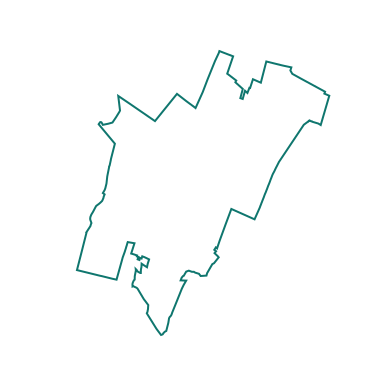 Muna, Yucatán, Mexico (Equal Earth projection), rotated 195°
{"feature_id": "50627088B11927657665908", "entity_name": "Muna", "entity_type": "district", "adm_level": 2, "iso_a3": "MEX", "parent_name": "Mexico", "parent_adm1": "Yucatán", "projection": "equal_earth", "projection_center": [-89.733, 20.466], "detail": "fine", "context": "isolated", "style": "outline", "palette": "teal", "viewbox_px": 384, "rotation_deg": 195, "n_neighbors": 0, "source": "geoboundaries", "source_scale": "gbopen_adm2", "svg_char_len": 3235}
<svg xmlns="http://www.w3.org/2000/svg" viewBox="0 0 384 384"><g transform="rotate(195 192 192)"><path d="M203.7,324.3L203.7,324.2L206.1,304.8L207.5,291.2L210.3,274.0L211.9,274.7L220.8,278.2L231.9,282.9L246.1,250.9L275.4,261.3L288.1,265.7L282.6,252.0L282.9,250.6L284.7,244.6L286.8,238.5L290.5,236.3L295.5,233.8L296.7,235.1L297.6,235.9L298.7,235.8L299.4,234.2L299.6,233.7L299.7,233.3L279.0,218.7L279.0,218.4L278.8,202.4L278.7,202.0L278.4,196.0L278.7,195.3L278.5,194.4L277.9,185.2L276.8,178.0L276.7,173.2L276.9,171.2L277.8,167.9L275.8,167.1L276.1,164.6L276.0,163.3L276.3,161.2L276.5,160.1L277.5,158.4L278.7,156.6L280.9,153.8L281.2,152.8L282.5,147.1L283.0,145.4L283.4,144.1L283.5,143.2L283.7,141.5L283.4,139.6L282.9,138.6L281.1,136.0L281.3,134.6L281.3,134.1L281.3,133.1L281.3,132.8L283.5,126.0L283.4,126.0L283.1,104.4L282.9,86.8L268.7,87.1L259.0,87.3L257.4,87.4L246.6,87.6L242.2,87.8L242.0,107.9L242.0,110.8L241.5,116.5L241.4,118.9L241.3,120.6L241.3,121.7L241.3,122.3L241.2,123.4L241.2,124.9L241.2,125.9L241.1,127.0L234.3,127.6L234.8,117.1L234.8,116.8L231.8,116.7L230.2,116.6L228.6,116.5L228.6,115.5L227.0,115.4L227.1,112.9L225.2,112.7L225.1,114.9L223.5,114.7L223.4,117.0L221.7,116.8L221.3,116.8L219.6,116.5L216.0,115.8L216.2,111.1L216.0,107.7L220.8,109.2L220.9,109.3L221.0,109.3L222.1,109.7L221.4,106.4L221.3,104.1L221.1,103.1L220.5,100.5L220.9,100.4L221.6,100.5L224.1,101.2L225.2,102.3L226.4,103.0L226.0,102.0L225.9,101.5L225.7,98.7L225.5,95.9L224.7,92.5L225.3,91.6L225.7,89.3L225.7,87.7L225.5,87.0L225.0,85.4L224.4,86.0L223.5,85.6L220.9,85.2L220.2,84.9L219.7,84.6L219.4,84.4L219.1,84.1L210.9,76.1L205.0,71.5L204.9,71.1L204.8,70.4L204.2,67.5L204.2,67.1L204.0,64.6L204.3,63.2L203.5,62.4L191.1,50.8L189.5,49.5L184.9,45.9L183.6,46.8L183.4,47.1L183.0,48.5L182.5,49.2L182.2,49.9L180.9,51.1L181.0,59.3L181.3,62.4L181.5,64.1L181.1,65.7L180.8,66.1L180.5,66.7L180.2,67.5L180.0,68.7L179.9,70.5L178.7,80.1L176.8,95.9L176.0,100.0L174.7,104.9L180.1,103.7L179.8,106.6L178.9,108.5L178.3,108.9L177.0,113.6L174.7,115.2L171.5,114.9L169.5,115.4L168.4,115.0L167.4,114.9L164.1,114.8L161.9,113.1L156.4,115.0L156.4,117.5L153.7,127.6L152.3,128.9L151.3,131.2L149.3,135.8L150.4,136.6L154.4,138.8L153.4,141.0L155.5,141.9L154.6,144.7L153.2,144.0L152.9,148.9L152.7,152.0L151.2,169.1L149.6,185.8L124.5,181.8L122.5,194.5L122.4,195.7L122.4,196.1L122.3,196.5L122.1,198.4L122.0,199.7L121.9,200.0L121.8,201.3L121.6,203.0L121.3,205.5L121.2,206.9L121.0,208.9L120.7,210.8L120.5,212.8L120.4,213.7L120.3,214.4L120.2,215.7L120.0,217.8L119.8,219.1L119.6,220.8L119.5,221.7L119.4,222.7L119.3,224.2L119.0,226.6L118.8,228.7L118.7,229.5L118.5,230.6L117.9,233.1L117.7,234.1L117.6,234.8L117.1,237.4L116.7,239.1L116.3,241.1L116.0,242.4L115.9,243.2L101.4,285.9L98.3,289.8L98.0,289.9L97.7,290.9L97.0,291.6L96.7,291.5L96.6,291.1L94.5,291.3L94.2,291.0L87.6,290.8L85.0,290.0L84.3,320.5L89.6,321.3L89.4,323.3L117.3,330.0L125.7,332.1L128.4,334.8L128.3,338.1L135.9,337.7L138.6,337.6L154.0,337.3L153.8,315.4L162.3,316.7L162.8,307.5L163.5,307.5L163.8,304.8L164.1,302.0L167.0,303.5L167.1,295.0L168.4,295.1L169.6,295.2L169.6,304.7L178.5,309.2L178.2,310.8L178.1,311.1L186.8,314.7L188.6,315.4L187.4,333.7L202.0,335.2L202.1,333.2L203.7,324.3Z" fill="none" stroke="#0f766e" stroke-width="2"/></g></svg>